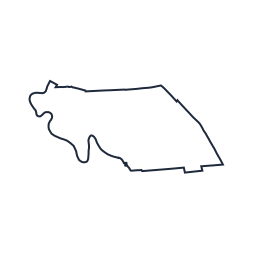 outline of Maia, Ialomita, Romania, rotated 213°
{"feature_id": "2599482B2212352130600", "entity_name": "Maia", "entity_type": "district", "adm_level": 2, "iso_a3": "ROU", "parent_name": "Romania", "parent_adm1": "Ialomita", "projection": "robinson", "projection_center": [26.407, 44.741], "detail": "fine", "context": "isolated", "style": "outline", "palette": "slate", "viewbox_px": 256, "rotation_deg": 213, "n_neighbors": 0, "source": "geoboundaries", "source_scale": "gbopen_adm2", "svg_char_len": 3270}
<svg xmlns="http://www.w3.org/2000/svg" viewBox="0 0 256 256"><g transform="rotate(213 128 128)"><path d="M123.5,181.6L126.3,178.9L129.5,175.7L132.0,173.5L132.9,172.8L138.0,168.9L141.8,165.7L151.2,158.5L151.5,158.5L152.3,158.0L157.9,154.0L164.0,149.6L166.2,148.1L168.7,146.3L172.2,143.8L176.6,140.6L183.5,135.6L184.1,136.2L189.2,134.6L192.0,133.7L192.6,133.4L194.2,132.9L195.6,132.4L196.6,131.9L198.0,131.9L198.9,130.9L199.8,130.2L201.0,130.0L203.0,128.3L204.7,127.0L206.8,125.7L210.9,122.8L211.0,125.6L219.0,125.0L219.0,124.6L218.6,121.4L218.4,119.1L217.6,116.6L217.3,115.1L217.0,113.8L217.2,113.2L217.7,111.6L218.9,110.5L220.7,109.5L222.3,108.7L223.6,107.9L224.9,107.0L225.8,106.0L226.8,104.8L226.9,104.4L227.3,103.4L227.5,102.4L227.4,101.5L227.1,100.4L226.4,98.8L225.8,97.9L224.9,97.1L223.5,96.0L221.6,94.9L219.4,94.0L217.5,93.2L216.2,92.8L215.0,92.4L214.1,91.6L213.2,90.8L212.7,90.1L211.9,89.4L210.8,88.9L209.8,89.0L208.7,89.4L207.9,90.0L207.5,91.0L207.1,92.3L206.7,94.0L206.5,95.0L206.1,95.9L205.3,96.7L204.3,97.4L203.3,98.0L201.9,98.3L200.8,98.2L200.0,98.1L198.8,97.3L198.0,96.5L197.3,95.1L197.1,94.0L197.0,92.8L197.2,91.5L197.0,89.6L196.8,88.3L195.9,86.8L195.6,86.1L193.8,84.0L192.2,83.1L189.1,81.6L185.5,81.5L179.1,82.5L175.2,83.6L172.1,84.2L168.0,84.0L163.9,83.4L162.2,82.4L159.8,80.9L158.5,80.0L157.5,78.8L155.1,76.6L153.2,75.5L152.0,74.7L150.4,74.4L148.6,74.4L147.3,74.7L146.5,75.1L145.5,75.8L144.4,77.1L144.2,77.6L144.2,78.7L144.5,80.2L145.5,82.1L147.0,84.9L147.8,86.1L148.5,87.2L149.0,88.2L149.7,89.7L150.3,90.8L151.3,92.2L151.8,92.8L153.1,94.4L154.2,95.7L154.8,96.9L155.3,99.2L155.3,100.0L155.2,100.9L154.9,101.6L154.1,102.1L153.3,102.2L151.8,102.1L150.3,101.6L149.4,101.2L147.8,100.1L146.1,98.8L142.7,97.0L140.0,95.8L138.6,95.4L137.5,95.2L135.1,95.0L131.9,94.9L130.7,94.9L127.7,95.4L125.9,95.8L123.7,96.4L122.7,96.8L120.5,97.5L119.8,97.6L119.8,98.0L118.2,98.4L115.9,98.2L114.0,97.3L113.1,96.9L112.7,96.6L112.4,96.4L110.4,97.9L109.8,97.3L110.1,96.3L110.4,95.4L109.8,95.0L108.9,95.4L108.3,96.1L107.5,95.6L106.2,95.4L105.9,95.3L104.7,94.8L103.8,94.3L102.9,93.9L102.4,93.8L102.2,94.0L101.7,94.2L98.2,96.9L97.5,97.4L96.7,98.0L95.3,98.9L94.1,99.9L93.8,100.1L93.2,99.8L92.6,99.6L69.1,117.7L63.4,122.2L59.6,125.2L56.0,121.6L42.4,132.7L45.7,135.8L38.0,141.7L37.5,142.0L34.7,144.2L31.7,146.5L30.8,147.2L30.7,147.3L29.6,148.2L28.9,148.7L28.5,149.0L30.2,150.0L31.4,150.7L33.4,151.8L35.6,152.9L38.0,154.1L38.5,154.4L39.1,154.7L39.7,155.0L40.2,155.3L40.7,155.6L41.4,156.0L41.9,156.3L42.3,156.5L42.7,156.8L43.4,157.2L44.1,157.6L44.4,157.7L44.9,158.0L45.3,158.2L45.4,158.3L45.9,158.5L46.0,158.5L47.2,159.1L48.1,159.6L49.0,160.0L49.8,160.4L50.4,160.7L51.1,161.1L52.1,161.6L52.7,161.9L53.4,162.3L54.7,163.0L56.1,163.7L56.4,163.8L57.3,164.3L57.9,164.6L58.6,165.0L59.2,165.3L59.8,165.6L60.1,165.7L60.7,166.1L61.8,166.4L63.5,167.2L65.3,168.3L66.1,168.7L68.6,170.0L70.1,170.6L70.3,170.7L71.7,171.1L72.1,171.2L72.7,171.3L74.9,171.7L75.4,171.8L76.6,172.0L79.7,172.6L87.1,174.5L89.0,174.9L90.3,175.3L91.0,175.4L91.7,175.6L92.4,175.8L93.7,176.1L94.4,176.3L95.7,176.6L97.2,177.0L101.1,178.0L101.6,178.2L101.6,177.6L101.7,177.1L101.7,176.7L102.1,176.8L103.8,177.3L107.3,178.2L109.1,178.7L118.3,180.8L120.8,181.3L123.5,181.6Z" fill="none" stroke="#1e293b" stroke-width="2"/></g></svg>